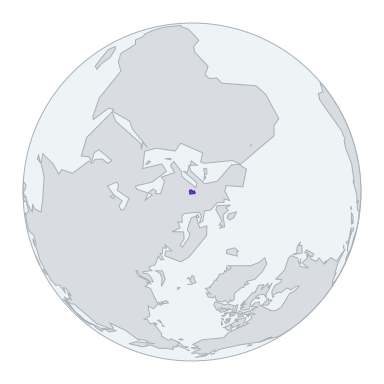 Steiermark highlighted on a globe, orthographic projection, rotated 179°
{"feature_id": "AUT-2323", "entity_name": "Steiermark", "entity_type": "State", "adm_level": 1, "iso_a3": "AUT", "parent_name": "Austria", "parent_adm1": "", "projection": "orthographic", "projection_center": [15.015, 47.22], "detail": "fine", "context": "on_globe", "style": "filled", "palette": "violet", "viewbox_px": 384, "rotation_deg": 179, "n_neighbors": 0, "source": "natural_earth", "source_scale": "10m", "svg_char_len": 11324}
<svg xmlns="http://www.w3.org/2000/svg" viewBox="0 0 384 384"><g transform="rotate(179 192 192)"><circle cx="192" cy="192" r="169" fill="#eef3f6" stroke="#a8b0b8"/><path d="M74.0,71.1L81.7,64.1L77.6,67.7L83.1,62.8L87.3,59.4L94.8,53.9L108.2,45.9L119.1,43.4L114.4,45.6L117.6,45.1L123.7,42.5L127.0,40.9L146.2,38.4L166.8,34.3L172.1,31.6L171.9,33.6L181.2,28.0L191.7,26.5L180.5,29.2L179.9,30.3L187.4,29.6L188.4,30.7L192.5,31.1L193.0,32.5L186.5,34.4L186.7,35.5L192.0,35.0L195.8,36.4L188.1,36.9L193.9,39.6L184.1,44.1L163.0,45.7L158.2,50.7L138.1,59.5L140.5,60.4L134.5,64.8L135.1,67.7L131.2,68.9L135.0,70.2L138.5,68.6L141.3,68.8L142.0,70.4L137.1,72.1L136.1,71.5L135.0,72.9L132.3,73.0L134.0,73.9L128.0,75.9L134.9,76.4L130.9,80.2L126.7,80.9L126.0,77.5L114.4,71.8L110.0,72.1L104.4,75.6L96.2,88.8L91.8,90.8L86.5,95.9L89.5,96.1L94.6,92.3L98.9,94.4L104.7,89.9L107.2,90.2L113.6,87.2L113.9,91.4L110.6,97.2L105.3,100.0L103.7,102.8L109.8,103.4L100.8,112.2L96.6,124.5L94.1,126.5L87.6,124.2L85.1,115.6L76.7,114.1L83.3,119.1L77.1,124.8L76.6,127.5L77.6,129.7L80.4,129.2L78.6,132.2L71.3,128.0L72.8,125.2L75.2,126.4L73.9,122.6L69.0,120.5L66.2,123.9L61.6,118.1L59.6,120.6L57.5,120.9L61.0,117.3L54.5,124.0L48.7,120.4L39.8,132.6L47.3,118.4L49.2,112.8L50.6,107.3L49.1,109.1L53.1,100.3L53.3,97.3L48.1,103.6L42.6,113.1L38.6,121.7L39.8,120.3L38.3,125.7L34.3,131.8L30.8,144.2L28.2,151.2L26.4,158.7L25.9,163.1L25.0,170.8L26.2,170.1L27.3,174.1L25.4,180.9L27.5,178.5L27.1,185.4L30.3,198.3L29.6,198.8L32.0,217.8L37.7,233.2L39.0,240.9L38.0,242.6L40.6,247.5L40.7,249.6L53.8,268.8L62.7,281.9L63.9,288.4L59.4,289.5L62.1,299.3L57.2,293.9L50.3,284.0L44.0,273.6L38.6,262.7L33.9,251.5L30.0,240.0L27.0,228.3L24.8,216.3L23.5,204.3L23.0,192.1L23.5,180.0L23.5,179.7L25.1,168.6L25.6,164.4L25.3,164.9L28.5,149.6L31.5,139.5L35.2,129.1L40.9,116.3L47.8,104.0L55.6,92.3L64.3,81.3L74.0,71.1ZM37.3,135.8L33.5,153.9L33.3,147.4L33.8,147.7L35.2,142.2L37.2,134.3L37.6,129.2L37.3,135.8ZM41.1,135.2L41.5,132.6L41.4,134.7L41.1,135.2ZM128.3,40.2L123.7,42.3L117.9,44.5L121.5,42.5L128.3,40.2ZM139.6,37.1L137.7,38.2L134.4,38.2L136.5,37.5L139.6,37.1ZM175.7,29.6L171.9,30.3L175.3,29.3L175.7,29.6ZM193.0,30.9L193.8,30.4L195.6,30.9L193.0,30.9ZM113.1,85.2L113.3,86.2L112.0,86.2L113.1,85.2ZM115.6,83.1L113.9,82.4L114.8,81.3L115.9,81.7L115.6,83.1ZM198.1,33.6L200.8,34.6L196.9,33.9L198.1,33.6ZM117.5,84.2L116.7,79.4L118.4,77.6L123.8,77.7L117.5,84.2ZM201.6,35.5L208.2,38.3L210.5,37.4L207.7,41.9L203.0,37.8L197.9,36.9L201.2,36.5L201.6,35.5ZM139.3,67.5L135.6,69.2L138.0,66.3L139.3,67.5ZM140.1,65.6L143.5,57.1L149.2,55.6L146.9,58.6L153.8,55.7L154.9,59.1L151.4,61.5L147.5,61.7L150.9,62.9L140.1,65.6ZM205.1,44.1L205.7,45.2L203.8,44.5L205.1,44.1ZM142.6,68.6L142.8,66.9L147.8,65.5L148.3,68.6L146.5,68.1L142.6,68.6ZM155.1,53.4L158.9,53.0L160.8,55.6L162.6,55.8L155.5,59.1L155.1,53.4ZM145.7,69.2L148.5,70.3L146.7,72.5L142.8,70.2L145.7,69.2ZM148.8,63.8L151.2,63.3L150.0,64.6L148.8,63.8ZM142.1,81.6L142.2,79.3L144.8,78.3L142.1,81.6ZM149.6,70.5L150.2,69.8L151.2,69.2L152.6,70.4L149.6,70.5ZM157.3,60.8L157.4,62.0L160.3,59.6L161.9,61.6L156.9,63.5L159.7,63.5L160.2,64.2L155.6,65.0L157.3,60.8ZM157.1,69.9L151.3,73.3L150.5,77.5L148.2,78.5L149.8,71.5L157.1,69.9ZM156.6,66.9L156.4,68.9L153.6,69.0L152.0,67.6L156.6,66.9ZM164.8,62.4L163.7,58.8L164.8,58.5L164.8,62.4ZM157.5,71.1L158.9,70.3L157.7,71.4L157.5,71.1ZM163.2,65.0L162.6,63.7L163.9,63.4L163.2,65.0ZM162.1,69.8L160.2,70.8L159.1,69.9L162.1,69.8ZM163.1,67.6L165.0,67.6L159.8,68.9L162.6,67.0L163.1,67.6ZM164.5,65.0L165.1,64.4L164.5,65.6L164.5,65.0ZM167.5,72.9L161.3,74.9L158.8,72.8L165.2,71.1L167.5,72.9ZM116.6,288.3L103.9,263.8L108.9,257.2L108.9,246.8L143.0,218.9L151.2,222.8L179.1,220.5L182.8,222.0L180.6,230.9L202.4,241.0L208.1,233.3L226.8,236.4L238.6,233.6L240.9,216.3L221.6,220.6L217.2,213.0L231.8,202.6L248.5,199.0L247.3,195.9L235.9,191.7L238.8,184.5L231.8,189.6L235.4,192.2L231.1,195.7L227.6,193.6L228.8,191.0L223.5,190.7L219.3,203.5L222.4,207.4L209.1,211.7L213.0,218.9L209.7,222.8L201.9,212.2L202.0,207.9L188.1,196.3L186.9,201.1L199.8,212.6L196.2,211.9L194.5,219.1L192.9,213.1L179.1,199.9L166.5,202.3L152.0,218.5L144.3,218.7L137.2,213.8L141.0,196.3L157.7,197.8L159.2,192.1L154.6,182.9L160.0,184.4L160.2,181.0L166.4,181.2L173.8,173.5L179.9,172.9L181.7,162.6L185.0,161.0L183.0,167.4L184.9,171.8L200.0,170.6L202.5,168.2L202.4,161.7L206.6,162.4L204.5,156.3L212.6,152.7L201.1,152.2L200.7,145.2L204.8,139.2L202.6,137.0L195.8,146.7L195.0,150.7L197.5,154.3L193.4,165.9L188.5,168.0L185.0,155.9L177.7,157.8L178.2,148.1L196.2,127.0L204.4,122.3L220.4,128.7L219.3,133.5L212.9,133.4L219.9,139.7L218.8,136.2L222.2,136.9L222.7,130.9L225.2,131.1L221.4,125.0L224.5,124.7L226.8,128.6L230.1,119.9L236.2,117.9L235.7,115.8L233.5,114.2L242.7,113.1L241.9,111.6L238.7,111.4L235.1,108.5L232.3,103.0L235.6,102.9L237.1,104.9L245.1,109.0L248.4,114.6L249.5,114.0L247.4,109.2L237.6,104.1L235.0,100.9L239.9,102.6L237.9,101.7L237.7,100.1L240.5,98.5L235.3,96.4L228.0,80.2L232.8,75.9L237.9,79.0L236.3,68.8L241.9,65.6L238.8,65.3L236.0,60.7L234.3,61.6L232.6,61.1L224.6,50.7L225.2,48.5L218.4,44.4L216.8,44.3L215.9,45.7L207.7,41.9L210.5,37.4L213.9,37.6L213.4,34.9L221.2,36.2L227.4,36.2L236.3,39.7L240.4,39.7L239.7,38.7L244.8,38.2L257.8,41.5L250.4,43.3L231.6,40.9L239.5,42.1L238.6,43.3L242.1,44.7L247.6,45.6L247.7,44.7L261.2,55.0L276.4,62.4L273.1,57.4L275.3,56.3L289.7,62.1L312.0,82.1L315.2,82.2L318.2,84.6L321.8,89.7L317.4,86.2L317.2,88.3L314.2,85.7L318.4,93.3L314.3,90.0L319.6,97.8L322.2,98.6L320.0,92.9L326.4,101.5L329.6,101.0L334.6,106.4L345.0,126.0L348.5,138.5L349.7,141.1L348.7,142.5L351.0,151.5L355.9,156.3L357.0,159.9L359.1,174.5L358.4,172.1L355.8,175.7L357.9,185.9L360.1,185.4L360.9,191.1L360.4,194.3L359.3,189.7L358.3,190.7L356.6,182.5L352.1,174.8L351.5,182.7L349.7,178.0L343.4,174.5L341.5,185.7L339.6,210.4L342.4,223.2L340.5,232.8L330.5,222.6L324.9,212.1L322.0,216.8L311.2,212.7L294.6,224.7L291.6,222.3L288.6,226.2L280.9,226.5L276.0,222.1L271.6,224.8L284.4,236.0L289.0,233.1L292.0,224.4L294.7,229.1L302.1,229.9L296.3,248.4L270.6,273.3L267.0,264.1L242.1,241.1L242.2,237.3L242.1,237.0L241.7,236.3L240.5,242.7L235.8,237.5L250.3,255.7L253.2,264.0L270.2,274.0L268.9,276.2L274.1,277.2L289.4,266.1L289.7,269.4L283.1,287.6L261.0,314.1L263.4,323.4L260.8,331.7L245.8,340.7L245.9,345.0L237.9,348.3L236.6,350.6L229.5,353.8L218.2,357.1L200.2,358.9L200.0,357.6L192.5,354.7L182.5,343.5L188.0,337.2L186.8,331.7L173.7,317.5L176.7,309.2L172.9,305.2L165.3,305.6L160.8,300.6L156.2,299.9L126.2,297.1L116.6,288.3ZM132.5,236.1L131.9,239.3L132.5,236.1ZM267.2,203.3L276.5,199.5L270.5,190.9L273.6,188.8L270.4,186.8L270.0,190.3L261.9,184.3L265.3,179.3L263.2,175.1L260.0,176.2L255.1,186.6L266.7,195.0L265.3,200.3L267.2,203.3ZM30.5,198.6L30.6,201.5L29.9,199.4L30.5,198.6ZM32.0,149.0L31.8,151.9L31.2,154.3L31.2,152.5L32.0,149.0ZM33.3,171.7L33.7,175.3L32.7,172.7L33.3,171.7ZM33.2,156.6L33.0,169.0L31.3,164.7L31.6,157.0L32.1,160.7L33.2,156.6ZM38.6,137.5L38.2,139.7L37.5,140.3L38.6,137.5ZM41.0,136.7L41.0,136.2L41.7,134.4L41.0,136.7ZM77.5,125.0L78.1,125.4L78.5,128.0L77.2,127.6L77.5,125.0ZM87.7,135.7L84.4,140.3L85.8,136.6L83.2,136.6L82.9,129.2L92.9,127.2L88.4,129.3L87.7,135.7ZM85.2,119.1L84.3,123.8L84.9,118.8L85.2,119.1ZM154.9,163.3L157.4,165.8L155.6,169.6L147.9,171.3L150.4,165.7L154.9,163.3ZM161.4,168.5L160.0,156.6L164.8,155.4L162.4,158.0L165.6,158.4L162.6,162.8L168.4,173.7L167.2,177.8L153.6,178.2L158.7,175.6L155.9,173.2L161.4,168.5ZM148.3,131.4L147.8,127.1L158.7,129.9L158.0,133.7L150.2,135.4L146.6,131.9L148.3,131.4ZM127.2,85.8L126.3,84.6L127.6,84.1L129.5,84.7L127.2,85.8ZM142.0,80.6L132.5,90.9L131.0,89.9L127.3,97.5L121.9,98.1L124.5,93.0L117.6,99.3L117.7,95.0L113.4,99.7L119.7,88.4L119.6,85.0L121.8,88.5L126.8,88.1L128.9,86.9L134.8,81.1L137.0,74.0L142.3,72.8L145.4,73.8L145.7,75.3L142.2,75.6L145.1,77.4L140.2,79.0L142.0,80.6ZM179.5,90.9L175.3,89.8L180.3,95.3L175.4,96.2L176.3,96.8L173.2,99.3L171.0,103.5L168.7,103.4L168.8,105.1L166.8,106.9L166.2,109.2L161.7,109.9L160.7,112.9L159.2,111.6L158.5,116.6L157.0,113.2L154.2,115.5L157.1,117.6L134.6,117.3L126.4,120.3L120.3,124.9L118.5,118.9L123.1,111.0L130.9,103.5L139.1,101.6L136.8,99.4L140.1,98.0L140.5,100.3L141.8,95.9L144.6,95.4L151.5,89.6L151.6,84.0L154.1,81.9L155.5,83.9L157.0,80.5L161.3,82.9L163.2,81.5L169.4,82.7L170.9,87.6L172.9,85.7L177.7,86.8L179.5,90.9ZM169.2,73.4L172.1,78.6L170.9,81.8L160.7,78.5L158.4,79.4L151.8,77.7L153.7,73.2L155.4,74.0L157.5,73.8L156.1,75.3L158.8,74.0L161.2,75.2L164.0,74.6L164.2,76.4L169.2,73.4ZM186.3,218.6L189.0,218.9L193.2,218.4L192.2,223.1L186.3,218.6ZM176.8,209.8L179.1,209.2L179.8,215.2L177.0,215.0L176.8,209.8ZM179.9,204.0L179.2,208.7L177.9,206.0L179.9,204.0ZM185.2,166.7L187.7,165.8L188.1,167.3L187.0,169.6L185.2,166.7ZM193.4,108.6L191.2,107.1L191.8,106.2L189.6,101.3L193.0,100.4L195.7,103.0L193.4,108.6ZM238.0,220.0L234.9,224.0L233.0,222.9L234.4,221.7L238.0,220.0ZM212.7,224.6L218.8,225.8L212.4,225.8L212.7,224.6ZM196.8,106.7L195.5,104.8L198.0,105.5L196.8,106.7ZM195.4,99.5L198.3,99.9L193.2,99.7L195.4,99.5ZM286.6,319.6L273.4,335.7L266.3,338.8L266.1,336.3L271.7,327.8L280.3,321.9L284.8,316.3L286.6,319.6ZM360.4,205.2L360.4,205.4L357.8,201.9L358.8,197.7L360.9,194.3L360.9,196.8L360.9,196.7L360.4,205.2ZM343.0,223.8L346.1,227.9L344.7,231.5L343.0,223.8ZM351.4,144.3L351.9,148.1L351.1,146.6L349.9,140.9L351.4,144.3ZM338.5,111.2L341.6,115.7L342.8,117.9L341.5,116.5L338.5,111.2ZM224.2,98.2L223.4,105.9L225.2,111.2L229.7,113.9L223.0,113.7L220.3,105.3L224.2,98.2ZM227.2,82.3L223.2,80.4L225.1,79.3L226.2,79.6L227.2,82.3ZM224.7,82.5L219.5,83.8L217.4,81.6L221.9,80.9L224.7,82.5ZM208.2,94.9L207.8,97.1L205.7,96.4L208.2,94.9ZM349.9,131.9L346.2,123.8L345.1,120.8L348.4,128.1L349.9,131.9ZM317.5,81.0L315.7,79.6L313.6,76.9L315.4,78.6L317.5,81.0ZM304.9,67.4L312.4,75.7L318.1,82.9L318.1,82.1L322.5,86.8L320.6,86.2L314.0,78.7L310.3,73.8L306.3,70.6L301.5,65.9L297.3,63.5L294.1,61.0L296.8,61.8L304.9,67.4ZM295.6,62.7L286.6,57.9L284.1,54.4L285.5,54.7L290.7,58.3L291.7,59.9L295.6,62.7ZM283.6,55.8L284.5,57.4L273.0,55.7L269.9,54.6L277.4,53.5L278.6,55.0L281.9,56.2L283.6,55.8ZM207.4,44.9L205.9,45.2L206.4,44.3L207.4,44.9ZM231.7,61.8L229.5,61.0L230.1,59.8L231.7,61.8ZM223.8,58.3L224.6,60.2L222.4,58.3L223.8,58.3ZM226.6,64.5L224.2,61.0L228.5,64.3L226.6,64.5Z" fill="#d9dde1" stroke="#a8b0b8" stroke-width="1"/><path d="M194.0,193.1L193.9,193.2L193.9,193.3L194.0,193.5L193.9,193.5L193.7,193.5L193.4,193.5L193.2,193.5L193.3,193.6L193.2,193.6L193.0,193.8L192.9,193.8L192.9,193.7L192.6,193.7L192.4,193.7L192.2,193.7L192.0,193.4L192.0,193.2L191.9,193.1L192.0,193.1L192.0,192.9L191.8,192.7L191.7,192.6L191.4,192.6L191.2,192.6L190.8,192.6L190.7,192.6L190.4,192.5L190.2,192.5L189.9,192.7L189.8,192.8L189.7,192.8L189.6,192.7L189.7,192.4L189.8,192.2L189.7,192.0L189.7,191.9L189.6,191.7L189.5,191.8L189.4,191.8L189.2,191.7L189.1,191.4L189.1,191.2L189.3,191.2L189.5,191.1L189.4,191.0L189.4,190.9L189.3,190.7L189.6,190.5L189.8,190.5L190.0,190.6L190.1,190.8L190.3,190.7L190.5,190.8L190.8,190.7L191.0,190.6L191.4,190.4L191.6,190.4L191.7,190.5L191.8,190.5L192.0,190.4L192.3,190.4L192.4,190.2L192.5,190.2L192.8,190.3L193.0,190.4L193.2,190.5L193.3,190.5L193.4,190.8L193.5,190.8L193.6,190.7L193.6,190.8L193.7,191.0L193.8,191.0L194.0,191.1L194.2,191.3L194.3,191.3L194.1,191.4L194.1,191.5L194.1,191.4L194.0,191.5L194.1,191.8L194.2,192.1L194.1,192.3L194.3,192.5L194.2,192.6L194.1,192.8L194.0,193.0L194.0,193.1Z" fill="#8b5cf6" stroke="#5b21b6" stroke-width="1.5"/></g></svg>